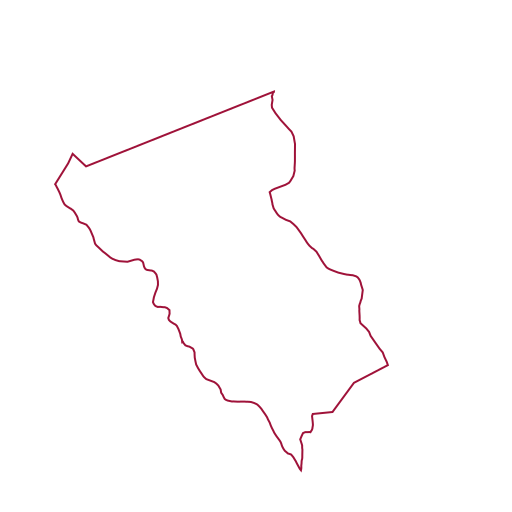 Giraud, Choiseul, Saint Lucia (Robinson projection), rotated 321°
{"feature_id": "8701671B87129820959835", "entity_name": "Giraud", "entity_type": "district", "adm_level": 2, "iso_a3": "LCA", "parent_name": "Saint Lucia", "parent_adm1": "Choiseul", "projection": "robinson", "projection_center": [-61.009, 13.792], "detail": "fine", "context": "isolated", "style": "outline", "palette": "rose", "viewbox_px": 512, "rotation_deg": 321, "n_neighbors": 0, "source": "geoboundaries", "source_scale": "gbopen_adm2", "svg_char_len": 4291}
<svg xmlns="http://www.w3.org/2000/svg" viewBox="0 0 512 512"><g transform="rotate(321 256 256)"><path d="M156.1,450.8L157.3,449.8L157.8,449.2L158.2,448.8L159.1,447.6L159.3,447.4L160.8,445.9L162.4,444.1L163.2,443.4L164.1,442.8L165.0,441.9L166.9,439.6L170.2,435.7L171.1,434.2L172.6,432.3L173.1,431.2L175.0,426.3L178.2,424.6L181.1,423.2L183.5,423.9L184.1,424.4L185.4,425.5L186.6,426.3L187.4,427.2L188.2,426.9L189.8,426.4L191.1,425.7L191.8,425.0L193.3,423.7L194.0,423.0L194.7,422.0L195.8,420.4L198.8,415.7L200.7,414.5L217.3,425.4L218.3,425.1L252.3,416.2L289.8,423.8L290.9,420.8L292.2,415.4L293.8,410.7L293.7,405.9L294.2,398.4L294.5,394.4L294.8,390.2L296.1,386.2L296.1,381.7L295.5,377.9L294.9,374.0L295.8,372.0L296.2,371.0L297.7,369.2L299.0,367.5L301.8,363.6L302.8,362.5L304.7,359.8L306.5,358.5L307.6,357.9L309.4,356.6L311.3,355.6L315.7,351.4L317.5,349.7L317.8,349.1L319.6,344.5L320.5,342.7L321.2,340.6L321.5,339.2L321.6,336.7L321.2,335.3L320.8,334.4L320.6,334.2L320.3,333.7L319.0,331.7L318.8,331.6L317.5,330.3L315.7,328.4L315.1,327.9L313.9,326.4L313.3,325.7L309.5,320.7L309.2,320.2L307.5,317.3L306.8,316.1L305.2,313.2L304.3,311.3L304.1,310.5L303.7,309.3L303.8,306.8L303.9,304.4L303.9,304.1L304.1,303.0L304.2,301.2L304.5,299.2L305.1,295.5L305.4,293.0L305.7,290.7L305.1,286.6L304.5,285.1L304.0,281.6L304.0,280.0L304.0,278.7L304.2,276.2L304.3,275.8L304.9,269.9L305.3,266.6L305.6,261.3L305.7,259.0L305.2,254.8L304.6,251.8L304.4,250.7L302.0,246.7L301.2,244.8L300.1,242.2L299.6,241.2L299.4,240.6L299.1,238.8L299.0,237.6L299.0,237.3L299.1,235.5L299.4,232.9L299.4,232.5L299.7,230.1L301.3,226.2L301.9,225.3L302.1,224.9L303.0,223.1L303.3,222.6L303.4,222.3L303.7,221.9L303.8,221.6L304.4,220.3L306.0,216.9L306.6,215.5L306.8,215.0L310.0,214.9L313.0,215.6L323.7,219.2L327.8,219.9L329.7,219.4L330.1,219.3L332.0,218.6L335.3,217.4L339.8,214.0L340.1,213.5L341.3,211.9L344.6,208.3L346.0,206.7L348.6,203.5L351.5,199.9L353.5,197.5L356.8,193.5L360.6,186.7L361.5,183.0L361.8,181.6L361.5,178.2L361.3,174.3L360.8,165.9L360.9,162.5L361.0,157.4L361.7,151.4L361.8,150.8L362.2,150.2L363.3,148.5L367.1,145.1L368.9,141.7L369.4,141.6L370.2,141.2L371.7,139.8L373.1,139.8L373.4,139.5L372.8,139.3L180.3,79.4L177.8,61.2L168.3,65.8L145.1,73.8L145.0,75.0L144.6,76.7L144.2,78.9L143.8,80.6L143.3,82.8L142.6,85.2L141.4,88.4L140.6,91.1L140.1,93.1L139.7,95.5L140.1,97.8L141.6,102.3L141.8,102.5L142.6,105.7L142.5,108.1L141.9,112.3L141.5,113.8L140.6,115.7L140.1,117.5L140.2,118.1L141.1,120.1L142.2,121.8L143.9,125.0L143.9,127.6L143.9,128.8L143.7,130.7L143.3,132.5L142.6,134.9L142.0,137.0L141.4,139.1L140.8,140.3L139.4,143.5L138.7,145.1L138.6,147.1L139.1,150.5L139.8,156.1L140.5,158.8L141.5,163.6L141.8,165.3L142.7,167.9L143.4,169.1L144.2,170.7L146.4,173.9L149.5,176.8L152.5,179.6L159.2,182.4L161.7,183.9L162.6,184.7L163.3,185.6L164.2,188.3L164.2,189.9L163.4,191.6L162.5,193.4L162.0,195.0L161.9,196.8L162.6,198.3L163.8,199.6L164.6,200.5L165.9,201.8L166.9,203.8L167.0,206.4L166.9,207.8L165.7,210.5L163.8,214.0L161.6,216.8L158.5,219.1L154.7,221.2L150.7,223.8L148.7,225.5L146.9,227.0L146.4,228.8L146.3,231.0L146.7,232.2L147.6,233.8L148.2,234.2L149.8,235.4L150.7,236.4L151.7,237.4L152.9,238.4L154.1,240.4L154.7,243.6L152.5,246.5L151.1,247.5L148.8,249.0L148.1,250.8L148.2,252.7L148.5,253.8L149.3,256.2L149.7,257.3L150.3,258.6L150.5,260.5L149.8,263.8L149.0,266.3L148.2,268.7L146.8,271.3L146.2,273.3L145.8,274.4L144.4,276.6L145.2,276.8L144.9,277.9L144.9,281.0L146.0,283.0L147.2,284.5L148.6,288.1L148.6,289.0L147.6,292.2L146.2,294.0L144.4,296.5L142.7,299.7L141.2,302.7L140.4,306.7L140.0,309.7L139.4,316.1L139.4,317.2L139.8,320.1L140.3,321.1L141.9,323.8L144.2,327.7L144.9,330.2L145.2,333.0L144.5,337.5L142.9,340.3L142.7,343.1L142.2,344.9L141.7,347.4L142.1,348.8L143.0,350.5L145.8,354.0L146.7,354.6L150.2,357.8L153.2,360.1L155.2,361.7L156.7,363.1L158.7,364.8L160.3,366.4L162.0,369.0L162.2,369.4L163.3,371.6L163.6,372.7L163.9,375.3L164.0,378.1L163.8,380.3L163.5,385.0L163.1,388.4L162.5,390.4L161.8,394.1L160.8,397.0L160.1,399.6L159.5,402.6L159.0,404.6L158.8,406.1L158.5,409.1L158.3,413.8L158.1,415.8L157.6,417.6L157.0,419.1L156.5,420.6L156.0,423.1L155.8,425.5L156.4,428.6L156.4,429.3L158.3,432.2L158.4,433.4L158.4,435.9L158.0,438.7L157.8,440.4L157.3,442.6L156.5,446.8L156.1,449.0L156.1,450.8Z" fill="none" stroke="#9f1239" stroke-width="2"/></g></svg>